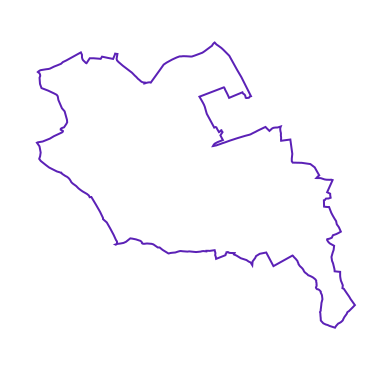 outline of Viisoara, Bihor, Romania, rotated 353°
{"feature_id": "2599482B21009724792722", "entity_name": "Viisoara", "entity_type": "district", "adm_level": 2, "iso_a3": "ROU", "parent_name": "Romania", "parent_adm1": "Bihor", "projection": "robinson", "projection_center": [22.454, 47.387], "detail": "fine", "context": "isolated", "style": "outline", "palette": "violet", "viewbox_px": 384, "rotation_deg": 353, "n_neighbors": 0, "source": "geoboundaries", "source_scale": "gbopen_adm2", "svg_char_len": 5948}
<svg xmlns="http://www.w3.org/2000/svg" viewBox="0 0 384 384"><g transform="rotate(353 192 192)"><path d="M339.9,324.1L336.4,317.7L335.2,314.9L333.4,311.5L331.4,307.6L330.9,306.6L329.6,305.8L330.3,303.0L329.5,299.9L329.0,298.2L328.8,295.3L328.8,293.5L329.3,289.3L327.3,288.9L323.9,288.1L324.0,286.0L323.3,280.0L322.6,277.4L322.5,273.5L324.2,269.4L325.5,266.8L326.5,262.7L324.8,261.5L323.0,260.2L322.5,259.8L321.5,258.6L320.9,257.6L320.5,256.6L320.2,256.0L320.5,255.3L322.8,255.1L325.2,254.4L326.6,252.1L329.9,251.4L332.5,250.5L334.9,249.5L333.5,244.9L332.6,243.2L331.8,241.8L331.6,240.0L331.5,238.5L330.2,235.8L328.8,232.5L327.7,229.6L326.2,223.6L324.6,223.4L322.7,223.0L321.3,222.6L321.9,216.3L323.0,216.1L323.6,215.4L324.1,214.9L324.8,214.9L326.6,215.1L328.9,214.6L328.8,212.2L328.9,210.5L326.1,208.7L333.0,197.3L331.9,196.8L329.7,196.6L327.1,196.2L325.2,195.7L321.4,193.9L317.2,193.3L318.7,192.0L320.3,191.0L318.1,185.7L316.8,182.5L312.9,178.7L304.4,176.4L299.6,175.7L295.5,175.1L294.8,173.6L295.1,171.1L296.2,166.4L296.0,151.9L286.7,152.0L286.7,151.1L286.9,150.0L287.0,149.5L287.1,148.8L287.1,148.0L287.1,147.2L287.1,146.7L287.2,146.0L287.3,145.6L287.4,144.9L287.4,144.2L287.3,143.2L287.2,142.5L287.2,140.8L287.3,139.8L287.6,138.8L287.7,138.5L287.9,138.2L288.1,137.8L284.9,138.4L283.9,138.3L282.9,138.2L282.1,138.2L281.1,138.2L280.4,138.3L279.6,138.6L278.9,138.9L277.9,139.7L276.3,140.8L273.6,137.4L272.9,136.4L271.5,136.8L268.9,137.7L266.5,138.5L264.2,139.3L262.2,140.1L260.7,140.6L259.0,141.2L257.2,141.9L255.7,142.2L253.3,142.5L251.2,142.8L245.9,143.7L243.6,144.1L242.0,144.4L240.0,144.8L235.9,145.6L233.7,146.1L231.1,146.7L229.1,147.1L227.6,147.4L226.1,147.8L224.5,148.1L221.8,148.7L220.7,148.8L220.1,148.8L219.5,148.9L218.9,149.0L218.4,149.0L219.3,147.8L220.4,146.8L223.5,145.6L229.0,144.2L227.9,141.4L227.1,139.2L228.3,137.8L229.6,136.3L229.4,135.9L229.0,135.3L228.8,134.7L228.7,134.3L228.2,134.4L227.4,135.1L226.4,135.8L226.1,135.9L224.7,132.7L224.1,130.9L223.7,130.6L223.2,130.4L221.9,130.8L219.0,123.3L216.2,116.2L215.6,112.4L215.1,109.1L214.5,106.8L213.5,104.2L212.7,102.3L211.0,98.3L223.5,95.2L236.4,92.0L237.0,93.0L237.2,93.9L237.3,94.4L237.8,95.7L238.8,98.4L239.6,100.8L240.3,103.1L245.9,101.5L254.2,99.2L254.3,99.6L254.7,100.5L255.5,101.2L256.1,101.8L256.5,102.7L256.7,103.8L256.8,105.0L257.3,105.3L258.3,105.4L259.5,105.4L260.1,105.3L260.5,104.9L261.0,104.3L262.2,104.1L255.0,84.0L251.7,76.4L245.6,61.3L240.4,54.6L238.7,52.6L235.7,49.8L234.2,48.5L233.3,47.2L232.7,46.4L231.7,47.0L230.4,48.2L229.8,49.2L228.0,50.2L221.5,53.9L219.3,55.0L211.8,56.8L208.5,57.5L207.3,57.4L203.0,56.6L199.8,56.1L197.8,56.1L196.2,55.9L193.2,56.6L188.5,58.1L182.5,60.5L179.4,62.1L174.3,67.7L164.4,78.4L163.5,78.0L162.0,77.9L160.0,78.1L158.1,78.5L157.9,78.5L158.0,78.1L158.3,77.6L157.0,77.3L156.1,76.9L155.3,76.4L154.4,75.5L153.5,74.4L152.2,73.1L150.7,71.0L149.4,69.5L148.2,67.9L146.9,66.2L142.7,62.1L138.7,58.2L134.8,53.9L133.6,52.2L133.4,50.6L134.8,45.9L133.9,45.7L132.6,45.3L131.9,46.8L129.9,50.3L124.7,48.6L119.2,46.7L117.6,48.7L110.3,47.2L106.8,46.8L103.0,51.3L102.4,51.0L101.0,49.2L100.0,48.0L99.5,46.9L99.2,45.1L99.5,42.4L98.7,39.9L83.3,46.1L79.7,47.3L77.6,48.8L73.6,49.9L70.4,50.7L66.1,52.2L64.6,52.4L62.1,52.4L56.9,52.6L56.0,52.8L55.7,52.9L54.0,53.8L53.6,54.1L55.1,55.6L55.5,56.9L55.5,58.3L54.6,60.0L54.3,66.2L55.3,70.5L61.5,73.8L67.2,77.4L69.5,79.0L70.4,80.6L70.6,84.4L73.1,93.0L75.4,96.4L76.7,105.1L76.6,107.6L75.5,109.2L72.9,112.2L70.9,112.6L69.7,113.1L69.3,113.6L69.3,114.2L70.3,114.9L71.3,115.7L71.2,116.3L70.3,117.0L61.7,119.8L57.4,121.7L49.9,123.7L45.1,123.9L44.1,124.2L46.2,128.1L46.6,134.4L45.6,138.0L44.4,140.5L45.7,142.8L50.3,147.5L53.2,150.3L60.5,155.2L63.3,156.4L64.3,157.1L64.7,157.0L64.9,157.6L65.5,158.3L68.3,160.7L69.7,161.6L71.1,163.0L72.0,164.3L72.9,166.1L73.2,167.1L73.7,167.9L74.6,169.0L77.8,172.0L79.8,174.6L81.6,176.4L83.5,178.1L87.6,181.2L89.2,182.9L89.8,184.7L91.5,184.7L95.0,192.6L98.3,200.4L100.5,206.9L100.4,208.1L103.7,211.8L106.3,218.0L109.0,225.0L110.7,230.4L111.5,231.9L111.4,233.3L111.2,234.0L110.5,234.6L109.6,234.8L109.9,235.0L111.4,234.4L114.8,234.4L117.8,234.2L120.4,233.4L125.1,230.5L127.0,231.0L130.6,232.2L134.8,234.2L135.7,235.1L136.4,236.5L136.2,236.7L136.4,237.0L137.1,237.4L138.3,237.6L141.0,237.6L145.5,238.5L147.3,239.3L151.3,242.9L153.1,243.1L155.8,245.9L161.1,250.1L162.2,250.1L163.0,249.9L165.0,249.9L168.1,250.0L170.5,249.5L172.5,249.2L173.6,249.2L175.6,249.7L180.2,250.6L182.0,250.6L188.7,252.1L193.3,252.2L194.6,252.0L196.0,252.0L199.0,252.7L199.1,252.1L202.6,252.6L207.4,252.5L207.8,255.5L207.3,257.5L207.7,259.2L207.8,261.3L217.5,258.8L217.9,257.6L218.5,257.3L218.8,256.4L218.8,256.1L219.6,255.9L220.8,256.2L221.4,256.9L222.8,257.2L226.8,257.8L226.0,259.1L228.4,260.5L232.4,263.7L237.8,266.2L239.7,267.9L241.6,269.1L242.3,270.7L242.9,272.0L243.7,268.3L246.1,265.8L246.6,265.3L247.8,263.4L251.7,261.6L258.3,261.1L263.8,275.5L284.0,267.3L284.4,267.6L285.1,268.8L287.0,271.3L287.4,272.0L287.8,272.6L288.3,273.5L288.5,274.7L288.9,275.8L288.9,276.5L289.3,277.3L290.0,278.6L290.3,279.0L291.2,280.0L292.2,281.3L293.0,282.7L293.2,283.5L293.6,284.5L294.2,285.5L294.9,286.2L296.3,287.6L297.3,288.9L297.9,289.1L299.9,290.3L300.9,291.0L301.6,291.5L302.7,292.6L303.2,293.1L303.9,293.9L304.5,295.2L304.3,296.4L304.4,296.9L304.5,297.4L304.4,298.4L304.3,298.8L304.4,299.2L304.3,299.4L304.3,300.1L304.1,300.5L304.0,300.9L303.4,301.7L303.6,302.8L304.3,303.7L305.6,304.1L306.4,304.8L307.4,306.1L307.7,306.8L307.6,307.0L307.5,307.5L308.2,309.5L308.4,310.3L308.4,314.3L306.9,318.1L306.8,318.8L305.9,322.6L305.4,324.5L305.3,325.5L304.4,326.8L304.6,327.8L304.4,331.0L304.4,332.3L304.2,335.3L304.9,336.3L306.3,338.3L308.6,339.8L310.5,340.6L312.2,341.7L317.4,344.1L318.6,342.6L319.8,341.5L321.1,340.4L322.6,339.9L324.1,339.2L325.8,338.0L326.4,337.2L326.8,336.4L328.1,334.6L329.8,332.8L330.8,331.7L331.3,330.7L331.7,330.1L333.2,329.4L337.8,325.8L339.9,324.1Z" fill="none" stroke="#5b21b6" stroke-width="2"/></g></svg>